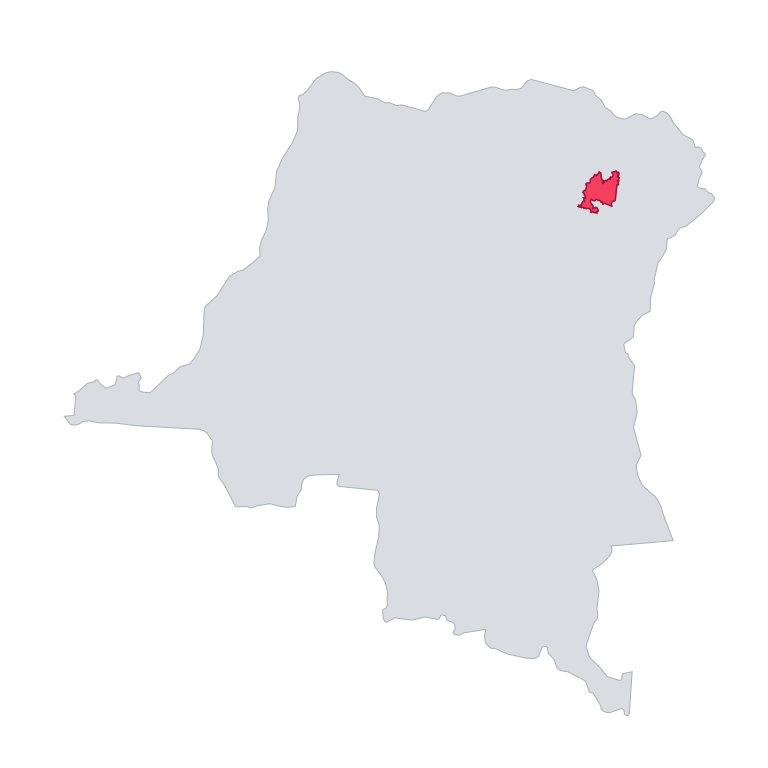 Wamba, Orientale, Democratic Republic of the Congo (highlighted), rotated 4°
{"feature_id": "63176286B98159467986291", "entity_name": "Wamba", "entity_type": "district", "adm_level": 2, "iso_a3": "COD", "parent_name": "Democratic Republic of the Congo", "parent_adm1": "Orientale", "projection": "mercator", "projection_center": [27.709, 2.096], "detail": "fine", "context": "in_parent", "style": "filled", "palette": "rose", "viewbox_px": 768, "rotation_deg": 4, "n_neighbors": 0, "source": "geoboundaries", "source_scale": "gbopen_adm2", "svg_char_len": 8947}
<svg xmlns="http://www.w3.org/2000/svg" viewBox="0 0 768 768"><g transform="rotate(4 384 384)"><path d="M683.4,520.0L621.8,529.8L623.0,533.3L622.5,537.1L620.9,539.9L614.6,547.6L605.3,554.7L605.3,556.4L609.9,564.3L612.9,575.1L612.1,594.2L613.4,599.4L613.2,603.4L610.0,607.9L603.8,631.0L608.0,642.2L620.2,652.7L627.3,660.4L639.4,663.2L641.3,662.8L642.1,656.3L651.6,653.8L651.7,695.2L651.0,697.6L649.2,698.1L646.9,696.7L646.1,692.8L643.6,691.1L631.9,696.2L628.9,696.1L625.7,695.2L623.3,693.1L622.6,689.9L614.3,677.9L610.3,677.0L605.7,666.2L587.2,658.2L580.1,657.6L576.4,655.2L572.8,646.7L566.6,641.2L565.2,635.1L564.0,634.3L560.2,635.5L557.0,645.1L552.9,647.4L545.3,647.6L526.3,644.8L512.8,639.9L509.2,640.2L503.8,635.8L501.6,628.4L502.8,622.7L501.8,621.8L481.2,626.6L476.2,629.5L471.6,628.8L470.1,627.2L472.2,623.3L471.2,619.0L469.6,617.1L463.5,615.5L461.6,611.0L457.9,610.3L456.6,611.0L455.7,614.1L453.5,615.1L441.2,613.6L428.3,617.6L411.2,616.5L403.0,621.4L401.8,621.2L400.0,618.8L398.4,611.0L399.3,608.9L401.8,607.3L402.7,604.2L401.9,596.1L402.6,594.2L401.6,589.6L399.1,582.2L395.5,576.2L387.7,567.1L386.3,562.9L386.8,552.8L389.4,536.8L389.1,525.0L385.9,517.3L385.2,509.0L387.2,494.1L385.3,490.5L346.2,489.3L344.6,488.2L343.8,486.1L345.6,477.3L321.9,479.5L314.7,481.2L310.3,484.8L308.9,489.4L308.7,495.8L305.1,501.9L304.1,512.4L297.5,513.6L290.9,513.6L278.3,511.4L265.9,514.3L259.8,517.1L256.7,515.8L245.6,516.8L244.1,516.1L231.5,495.4L225.8,488.6L224.7,485.2L225.2,482.1L223.6,477.8L217.8,467.2L216.7,462.3L216.9,454.6L216.3,452.0L210.9,445.4L207.4,443.2L203.6,442.0L139.8,442.9L118.8,441.7L103.4,442.6L95.6,442.0L93.5,441.1L86.4,442.4L82.7,445.2L77.2,446.7L73.8,446.1L67.2,438.5L76.2,437.1L76.9,436.4L77.5,418.1L75.1,415.5L79.9,412.4L87.7,404.4L95.3,401.5L96.3,399.9L97.9,399.9L100.7,403.3L107.1,407.7L115.3,403.8L116.1,402.8L117.2,394.9L119.2,394.3L122.7,396.0L124.6,396.0L128.2,393.7L138.5,389.8L141.5,394.8L138.7,399.3L140.0,402.5L140.2,407.5L141.9,408.6L150.1,409.2L152.5,408.0L168.7,390.0L173.0,388.0L179.8,380.8L188.8,377.6L192.7,372.0L198.0,361.9L200.3,347.5L199.4,322.5L200.2,319.1L211.0,307.9L222.3,287.5L229.9,282.1L235.6,280.0L244.4,272.5L251.3,265.0L250.4,256.0L252.0,248.5L255.8,238.9L257.1,228.9L255.8,218.2L256.3,209.6L261.5,195.7L262.0,179.8L266.6,166.4L275.9,149.5L280.2,136.8L279.4,124.4L280.6,115.2L280.2,109.8L278.4,105.1L279.3,102.1L282.8,100.9L287.2,96.2L295.1,83.9L303.5,78.0L309.4,76.1L315.6,76.3L319.6,77.3L326.1,82.2L333.6,86.0L339.1,90.8L344.6,98.2L357.8,99.9L363.4,102.6L366.9,103.6L368.2,102.9L370.9,103.3L377.1,105.5L382.1,104.3L406.5,109.2L409.3,106.7L416.2,93.9L421.3,89.5L429.6,89.1L436.2,91.5L439.6,91.6L469.6,80.5L473.5,80.0L484.4,82.7L491.5,80.9L494.4,81.4L500.5,79.5L505.5,71.8L509.7,69.9L552.8,78.2L559.4,74.2L562.5,73.7L572.1,76.7L575.0,81.4L580.8,85.5L584.9,92.2L591.3,95.9L594.6,99.5L598.3,102.0L606.2,102.9L616.1,96.8L623.2,97.4L630.2,100.7L632.7,100.6L638.0,97.0L640.8,93.3L643.5,92.5L647.7,94.1L651.1,97.6L654.1,102.8L664.9,114.3L675.3,119.1L677.9,126.2L681.7,125.5L683.6,126.2L686.3,130.6L688.2,131.5L688.6,133.3L685.9,137.6L683.5,145.6L686.7,150.5L684.0,157.7L682.7,165.1L686.0,166.9L690.4,166.8L694.4,170.7L697.5,171.3L700.8,175.4L700.1,178.8L689.8,190.8L674.3,205.5L669.1,207.3L666.4,210.1L664.5,214.4L660.0,218.0L656.5,219.5L656.3,230.1L651.0,241.2L649.0,243.5L646.2,261.4L646.7,264.5L643.9,279.2L644.4,292.9L636.9,297.2L631.7,303.9L629.5,308.6L629.6,319.7L621.1,326.5L620.5,328.1L622.6,335.9L625.7,337.2L625.7,339.8L632.7,348.3L632.2,374.3L632.6,376.8L636.2,383.0L638.6,394.8L635.9,409.8L645.4,437.3L641.2,447.4L643.2,457.0L648.8,467.2L662.0,477.1L665.5,481.3L668.8,486.8L672.0,495.4L683.4,520.0Z" fill="#d9dde1" stroke="#a8b0b8" stroke-width="1"/><path d="M573.6,195.0L574.5,194.8L575.0,194.6L575.5,194.5L576.2,194.7L576.4,194.8L576.7,195.0L577.0,195.0L577.8,195.6L578.0,195.9L578.2,196.4L578.2,196.9L578.0,197.7L578.1,198.1L578.9,198.4L579.3,198.4L579.4,198.2L579.8,197.7L580.3,197.6L580.8,197.7L581.1,198.1L581.7,198.3L582.5,198.4L583.7,198.5L584.4,198.8L584.4,198.6L584.2,198.2L583.7,198.1L583.6,197.9L583.7,197.7L583.9,197.6L584.5,197.4L585.0,197.4L585.2,197.2L585.3,197.0L585.3,196.8L585.4,196.7L585.7,196.0L585.5,195.4L585.0,194.8L584.4,193.9L584.0,193.3L583.9,193.1L583.6,193.3L583.3,193.4L582.9,193.3L582.5,193.2L582.2,193.7L582.0,193.8L581.8,193.7L581.2,193.8L580.8,193.8L580.5,194.0L580.2,194.4L580.0,194.5L579.9,194.1L580.1,191.7L578.5,190.0L578.0,189.3L577.3,188.3L577.1,187.8L577.2,186.9L577.5,186.0L577.9,185.4L578.2,185.3L578.9,185.8L579.6,186.2L580.3,186.4L581.4,186.6L581.8,186.4L582.4,185.5L582.5,185.4L583.3,185.0L583.6,185.0L584.1,185.1L584.3,185.4L584.5,185.6L584.7,185.9L585.8,185.9L586.3,185.9L586.9,186.0L587.5,187.2L587.9,187.6L588.2,187.6L588.4,187.3L588.7,187.1L589.0,187.7L589.3,188.2L589.6,188.9L589.8,189.2L589.9,189.5L590.0,189.5L590.2,189.3L590.0,189.2L590.0,188.9L589.9,188.8L590.0,188.6L590.5,188.4L591.3,188.4L592.2,188.5L592.7,188.7L595.7,189.7L597.1,190.2L597.9,190.5L598.6,190.7L598.9,190.8L599.0,190.7L598.9,190.3L598.6,189.9L598.3,189.0L598.3,187.7L598.2,187.4L598.3,187.0L599.6,185.9L599.9,185.7L600.3,185.5L600.8,185.4L601.6,185.1L601.9,184.4L602.1,179.8L602.2,177.3L602.2,176.7L602.2,175.8L602.3,172.6L602.5,169.8L602.4,169.1L602.6,169.1L603.0,168.9L603.7,168.9L604.0,168.9L604.0,168.5L603.5,168.1L603.7,167.2L603.6,166.8L603.5,166.4L604.1,165.3L604.2,165.0L604.1,164.8L603.7,164.7L603.7,164.8L603.0,164.8L603.5,164.4L603.7,164.1L603.9,163.5L604.0,162.7L604.3,162.3L604.4,161.7L604.0,161.7L603.7,161.6L603.4,161.4L603.2,161.0L603.1,160.8L602.9,160.9L602.7,161.0L602.4,161.0L602.3,160.7L602.7,160.0L603.0,159.9L603.1,160.0L603.2,159.8L603.2,159.6L603.0,159.1L603.0,158.9L603.8,158.9L603.7,158.2L603.7,157.4L603.4,156.7L603.2,156.5L602.9,156.4L602.6,157.0L602.3,157.2L601.8,157.2L601.7,156.9L601.6,156.4L601.3,155.9L601.0,155.4L600.7,155.3L600.3,155.4L600.3,155.5L600.2,155.7L599.7,156.0L598.8,156.1L598.2,156.3L597.9,156.5L597.6,156.6L597.4,156.8L597.2,156.8L596.9,156.9L596.7,156.9L596.7,157.0L596.5,157.4L597.4,157.9L597.7,158.4L597.9,158.9L598.0,159.4L597.8,160.5L597.4,161.0L597.0,161.5L596.7,161.8L596.1,161.8L595.6,161.8L595.5,161.7L595.3,162.0L595.2,162.6L595.5,163.2L595.5,163.9L595.0,163.8L594.4,163.6L593.8,164.1L593.4,164.1L593.2,164.2L592.8,164.5L592.2,165.7L592.0,165.9L591.9,166.0L591.5,165.7L591.4,165.8L591.3,165.7L591.0,165.5L590.8,165.5L590.5,165.7L590.0,166.1L589.7,166.3L589.5,166.2L589.6,166.4L589.5,166.6L589.4,167.1L589.5,167.2L589.7,167.3L589.7,167.5L589.4,167.7L589.4,168.0L589.2,168.1L588.7,168.3L588.5,168.7L588.2,168.5L587.9,168.0L587.9,167.6L588.1,167.2L588.0,166.9L587.9,166.4L587.5,165.7L587.3,165.1L587.2,164.7L586.8,164.1L586.5,163.2L586.2,162.1L586.0,160.7L585.9,159.9L585.6,158.8L585.5,158.3L585.4,158.2L585.1,158.0L584.7,158.1L584.5,157.9L584.1,157.5L583.9,157.4L583.9,157.8L583.7,158.1L583.4,158.3L583.3,158.5L583.5,159.0L583.4,159.2L583.2,159.4L582.9,159.4L582.7,159.5L582.3,160.1L582.1,160.1L581.8,160.2L581.8,160.7L581.6,161.0L581.4,161.1L580.7,161.6L580.4,161.5L580.2,161.2L580.1,160.7L579.7,160.3L579.4,160.6L579.4,160.8L579.2,161.4L578.6,162.5L578.1,163.1L577.5,163.5L577.3,163.7L576.7,164.3L576.5,164.5L576.2,164.8L575.6,165.5L575.5,165.8L575.5,166.1L575.6,166.5L575.7,166.9L575.7,167.2L575.6,167.4L575.7,168.2L575.5,168.5L575.3,168.7L574.9,169.1L574.6,169.2L573.9,169.2L572.8,169.2L572.2,169.4L572.0,169.6L571.9,170.2L571.7,170.3L571.4,170.4L571.3,170.5L571.4,170.8L571.7,170.9L571.8,171.1L571.9,171.3L571.8,171.6L572.1,172.0L572.3,172.4L572.4,172.9L572.1,173.7L571.9,175.0L571.6,175.4L571.5,175.7L571.5,175.8L571.5,176.1L571.2,176.3L571.1,176.5L571.1,176.9L570.9,177.2L570.7,177.2L570.4,177.2L570.2,177.3L569.9,177.4L569.7,177.5L569.4,177.7L569.3,177.8L569.2,178.3L569.2,178.7L569.1,179.0L569.6,179.3L569.6,179.7L569.8,179.8L570.2,180.1L570.6,180.4L570.6,180.6L570.6,181.0L570.6,181.5L570.9,181.7L571.3,182.0L571.4,182.3L571.4,182.7L571.7,183.2L572.0,183.5L572.2,183.8L572.3,184.1L572.1,184.4L571.8,184.5L571.5,184.5L571.1,184.4L570.9,184.4L570.3,184.4L570.9,184.9L570.9,185.0L570.6,185.1L570.5,185.3L570.4,185.5L570.5,185.7L570.5,186.0L570.7,186.5L570.8,186.6L571.0,186.8L571.1,187.2L571.0,187.3L571.0,187.5L570.9,187.4L570.9,187.5L570.7,187.6L570.2,187.6L570.0,187.8L569.8,188.1L569.5,188.3L569.3,188.6L569.2,188.9L568.9,189.3L569.0,189.5L569.0,189.8L568.9,190.1L568.7,190.1L568.6,190.3L568.6,190.5L568.3,191.0L568.2,191.1L568.3,191.4L568.2,191.7L568.2,191.8L568.1,192.0L568.2,192.5L567.9,192.7L567.6,192.8L567.4,192.8L567.1,192.7L566.9,192.6L566.9,192.3L566.9,192.2L566.7,192.3L566.5,192.6L566.3,192.7L566.2,192.8L566.1,192.7L565.9,192.5L565.9,193.0L565.7,193.2L565.4,193.2L565.2,193.4L565.7,193.6L566.3,193.7L566.7,193.9L567.9,194.0L568.3,194.2L568.5,194.3L569.0,194.3L569.3,194.2L569.7,193.9L570.2,193.9L570.3,193.8L570.9,194.0L571.0,194.1L571.0,194.5L571.5,194.6L572.0,194.7L572.7,194.4L573.1,194.5L573.4,194.8L573.5,195.0L573.6,195.0Z" fill="#f43f5e" stroke="#9f1239" stroke-width="1.5"/></g></svg>